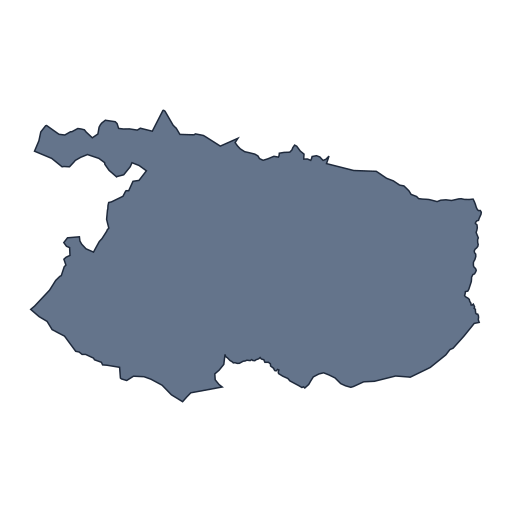 Bogoro, Bauchi, Nigeria (Mercator projection)
{"feature_id": "59680162B11671066128606", "entity_name": "Bogoro", "entity_type": "district", "adm_level": 2, "iso_a3": "NGA", "parent_name": "Nigeria", "parent_adm1": "Bauchi", "projection": "mercator", "projection_center": [9.621, 9.639], "detail": "fine", "context": "isolated", "style": "filled", "palette": "slate", "viewbox_px": 512, "rotation_deg": 0, "n_neighbors": 0, "source": "geoboundaries", "source_scale": "gbopen_adm2", "svg_char_len": 4271}
<svg xmlns="http://www.w3.org/2000/svg" viewBox="0 0 512 512"><path d="M222.2,387.0L219.0,384.5L215.2,379.8L214.8,373.9L219.1,370.2L223.8,364.4L225.0,354.4L225.7,356.6L227.5,357.9L230.0,360.5L232.5,362.0L233.3,362.9L235.0,362.7L237.3,363.4L239.4,363.3L243.2,361.2L245.1,361.0L246.8,360.2L250.2,360.6L251.7,359.6L252.8,360.5L254.8,360.7L256.1,359.7L258.7,358.8L260.1,357.5L261.3,359.0L263.8,359.7L264.9,362.3L268.4,362.3L270.4,363.8L270.6,366.0L273.7,368.4L274.1,369.6L275.0,370.7L276.3,370.8L277.6,369.4L278.9,370.0L278.2,372.0L278.6,373.6L282.8,376.2L287.9,378.5L289.9,380.9L293.8,383.0L298.7,385.6L301.9,387.5L303.5,386.8L304.8,388.0L308.7,384.5L310.7,381.0L313.3,376.9L318.8,374.0L323.6,372.8L329.1,375.0L335.0,377.9L340.7,383.6L345.5,385.8L350.8,387.3L353.2,386.6L354.8,385.9L363.7,381.8L374.4,381.3L395.6,376.0L408.7,377.0L410.2,377.2L427.1,369.0L430.3,367.4L445.8,354.9L449.9,349.6L451.5,348.9L453.1,348.2L457.5,343.3L463.8,336.3L472.3,325.8L474.2,323.4L479.2,322.4L478.3,319.8L478.4,318.7L478.6,317.4L478.4,315.6L477.7,314.1L476.4,314.0L475.6,313.0L475.7,312.2L475.4,311.2L475.4,309.3L474.1,308.3L474.6,306.9L474.0,305.5L473.3,304.1L472.2,305.1L471.1,305.0L470.9,303.2L469.7,301.3L469.3,299.5L468.3,298.4L466.6,297.4L465.4,296.7L464.6,295.5L465.1,293.9L465.4,291.6L467.4,291.2L467.7,291.2L468.8,289.3L471.3,281.6L471.5,279.4L471.6,277.0L472.3,275.8L472.9,274.5L474.5,273.9L475.6,272.0L476.2,270.6L475.9,269.2L475.1,268.1L473.9,266.9L473.5,265.9L473.4,264.3L473.4,262.6L473.7,261.6L474.9,259.5L475.8,256.5L475.7,254.1L474.6,252.8L474.2,251.0L475.1,249.2L476.6,247.9L477.8,246.4L478.2,244.5L477.7,242.6L477.6,239.8L477.9,238.9L478.3,237.9L476.1,232.4L476.8,230.4L477.3,227.8L477.0,224.9L476.6,224.5L475.4,223.5L475.5,222.6L476.7,220.9L477.6,220.6L478.5,220.4L479.1,218.5L481.0,214.3L481.3,212.2L480.3,210.5L478.5,210.6L477.4,209.6L476.3,207.4L475.4,204.4L474.4,201.8L473.1,199.1L469.2,199.5L464.3,199.4L461.2,198.7L458.6,198.9L451.6,200.5L445.9,199.8L440.7,200.2L437.1,201.6L431.8,200.2L428.9,199.5L426.6,199.3L422.5,199.1L418.6,198.6L416.6,196.5L411.1,194.4L408.9,190.8L406.2,188.1L403.9,185.9L399.6,185.1L393.4,180.9L386.6,178.3L377.9,172.4L376.2,171.3L372.4,171.2L353.7,170.5L326.5,163.6L329.0,156.1L325.9,159.3L323.1,160.4L321.7,159.0L319.9,157.0L316.5,155.7L312.1,156.5L311.5,158.7L310.7,160.4L307.5,159.0L303.8,159.1L303.8,157.3L304.0,154.1L300.3,151.1L298.4,148.5L296.7,146.2L294.6,145.1L292.8,147.7L291.9,150.0L289.7,152.2L284.0,152.4L279.3,153.2L279.1,155.5L278.4,157.1L273.9,156.3L267.9,158.8L263.1,160.3L259.5,158.6L257.9,155.9L254.8,154.1L252.0,153.4L248.8,152.6L244.7,151.7L240.2,148.8L237.5,145.9L235.1,142.6L237.9,138.3L233.8,140.1L220.3,146.1L206.3,137.2L203.5,135.5L200.2,134.8L199.6,134.7L195.4,133.9L194.0,134.8L189.5,134.7L179.9,134.4L178.7,132.4L176.1,128.0L175.6,127.7L173.1,125.2L165.0,111.2L163.6,110.3L162.9,110.5L152.3,131.2L140.3,128.2L137.3,130.1L129.5,128.9L123.4,129.0L118.6,128.4L117.1,123.6L115.2,121.7L105.7,120.3L105.4,120.2L101.8,123.0L100.5,124.6L99.3,126.8L99.1,127.1L97.9,134.0L92.3,137.8L86.1,132.0L84.4,129.8L81.2,129.0L77.8,128.5L71.9,131.7L70.4,131.8L64.8,135.0L59.0,134.3L46.6,125.5L45.6,125.8L40.8,131.9L38.9,140.8L34.5,151.2L51.7,158.4L62.1,166.8L63.9,166.5L69.3,166.8L69.5,166.8L73.8,162.2L75.3,160.4L80.7,157.3L87.1,154.7L87.3,154.5L98.9,158.4L104.6,162.6L104.9,164.4L109.1,170.4L116.6,176.9L117.1,176.5L123.7,174.8L130.2,166.8L132.0,162.7L139.1,165.5L146.4,170.8L139.0,180.4L133.0,181.3L129.8,188.3L128.7,190.7L126.1,190.7L125.5,191.4L123.0,196.2L122.9,196.3L111.4,201.9L108.7,202.5L108.0,205.4L107.8,209.2L107.5,209.8L106.6,219.3L107.6,223.4L108.8,228.1L107.2,229.9L106.8,231.1L102.0,238.6L99.3,241.5L96.2,247.1L93.5,252.1L86.0,248.8L81.7,244.2L79.9,241.0L79.4,236.8L67.5,237.8L63.8,242.6L66.5,246.3L69.6,247.6L70.0,255.4L66.1,257.2L63.9,259.2L65.9,265.1L64.2,266.8L61.3,275.6L59.8,276.4L55.7,280.4L49.6,290.1L34.6,306.1L30.7,309.4L39.2,316.7L47.1,321.4L52.1,329.6L58.9,333.2L64.5,336.1L75.7,351.3L79.1,352.0L82.1,354.4L85.6,354.4L93.5,358.1L94.5,359.8L101.4,362.3L102.6,364.9L106.8,365.2L119.6,367.3L120.4,378.0L121.4,378.9L126.7,380.5L133.5,376.2L144.0,376.7L150.9,379.2L162.1,385.2L171.4,394.8L182.6,401.7L186.9,396.8L187.7,396.0L190.8,392.8L222.2,387.0Z" fill="#64748b" stroke="#1e293b" stroke-width="1.5"/></svg>